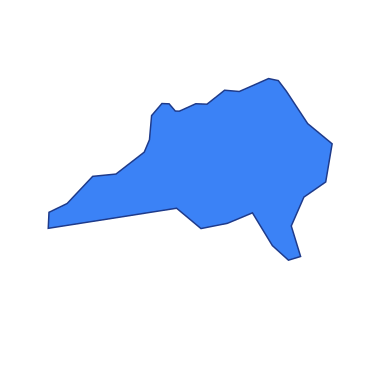 Barnsley, orthographic projection, rotated 343°
{"feature_id": "GBR-5688", "entity_name": "Barnsley", "entity_type": "Metropolitan Borough", "adm_level": 1, "iso_a3": "GBR", "parent_name": "United Kingdom", "parent_adm1": "", "projection": "orthographic", "projection_center": [-1.511, 53.509], "detail": "fine", "context": "isolated", "style": "filled", "palette": "blue", "viewbox_px": 384, "rotation_deg": 343, "n_neighbors": 0, "source": "natural_earth", "source_scale": "10m", "svg_char_len": 551}
<svg xmlns="http://www.w3.org/2000/svg" viewBox="0 0 384 384"><g transform="rotate(343 192 192)"><path d="M216.8,232.3L189.9,229.6L172.5,203.0L43.9,184.7L49.3,169.6L69.2,166.5L101.6,148.0L124.5,152.6L158.0,139.9L166.6,129.6L175.7,107.1L189.1,98.6L195.9,101.0L199.7,109.7L203.5,111.0L221.4,108.7L232.0,112.4L252.9,104.2L266.6,109.7L298.4,105.9L307.1,110.7L311.7,123.2L322.6,160.4L340.1,186.9L322.8,221.5L297.5,229.6L277.0,253.5L277.0,285.4L264.3,285.4L253.2,266.8L243.7,229.6L216.8,232.3Z" fill="#3b82f6" stroke="#1e3a8a" stroke-width="1.5"/></g></svg>